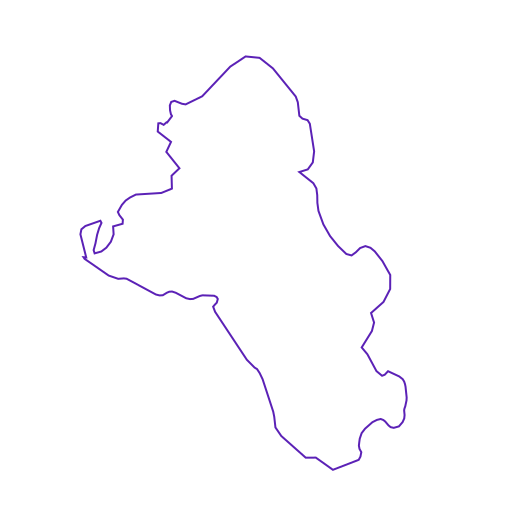 SVG path tracing the border of Monaghan, rotated 11°
{"feature_id": "IRL-3412", "entity_name": "Monaghan", "entity_type": "Administrative County", "adm_level": 1, "iso_a3": "IRL", "parent_name": "Ireland", "parent_adm1": "", "projection": "orthographic", "projection_center": [-6.93, 54.159], "detail": "fine", "context": "isolated", "style": "outline", "palette": "violet", "viewbox_px": 512, "rotation_deg": 11, "n_neighbors": 0, "source": "natural_earth", "source_scale": "10m", "svg_char_len": 2077}
<svg xmlns="http://www.w3.org/2000/svg" viewBox="0 0 512 512"><g transform="rotate(11 256 256)"><path d="M221.7,60.8L236.8,68.6L264.6,91.9L267.7,97.1L271.8,110.1L275.4,112.3L280.7,112.8L283.6,115.9L287.9,127.8L293.1,142.2L293.9,153.3L290.3,161.1L282.5,165.3L298.4,173.6L302.4,178.2L304.5,184.6L306.1,192.1L308.7,199.8L316.1,212.1L324.9,222.3L334.6,230.5L344.3,236.8L349.7,237.2L353.3,233.3L356.7,228.3L361.5,225.4L366.8,226.1L371.7,228.8L381.1,236.9L387.7,244.7L391.4,249.0L394.0,262.8L389.9,276.8L379.8,290.0L384.6,298.8L384.1,307.5L377.2,325.6L384.1,331.2L396.2,346.0L402.6,349.5L405.0,348.0L407.6,343.9L419.6,346.9L423.5,348.9L425.4,351.0L426.7,353.3L427.7,355.7L430.9,366.2L431.3,369.1L431.2,375.0L430.9,377.0L430.8,378.1L430.9,379.4L432.2,383.8L432.5,387.2L431.6,391.1L428.8,396.0L424.0,398.4L420.8,398.3L418.4,397.0L414.4,393.8L412.3,392.7L409.5,392.2L406.0,393.8L402.0,396.9L396.0,404.7L393.5,409.7L392.7,415.5L392.9,419.2L393.2,422.6L394.4,425.6L396.8,428.5L396.8,433.0L395.7,436.5L372.3,451.2L353.2,442.5L343.3,444.5L315.2,427.9L307.8,420.6L304.6,410.4L302.6,405.5L286.0,375.7L282.0,370.3L278.6,366.8L275.9,365.8L266.8,359.6L226.5,318.6L223.6,313.9L224.9,311.6L226.4,309.3L226.7,305.5L225.2,303.8L222.5,303.0L211.0,304.8L208.6,305.9L202.5,310.1L199.4,310.9L195.5,310.8L184.3,307.4L180.4,306.9L177.7,307.6L175.6,309.0L172.0,312.3L168.9,313.1L165.1,312.9L133.3,303.0L130.5,303.2L125.1,304.7L115.1,303.3L88.3,291.5L86.9,290.1L89.6,289.8L79.5,268.2L79.5,263.1L82.8,259.1L96.5,251.1L98.0,253.0L96.7,258.6L96.0,265.4L96.0,274.3L95.5,281.2L97.1,284.2L103.3,281.1L107.5,276.4L110.8,269.7L112.1,261.9L110.1,254.2L118.9,249.8L118.4,245.7L114.2,242.1L112.0,239.1L114.6,231.4L117.5,226.4L121.2,222.6L126.4,218.6L151.0,212.2L160.6,205.9L157.8,193.3L164.1,184.5L148.1,170.9L150.8,160.2L135.8,152.6L134.8,144.4L136.9,143.8L140.3,144.9L142.7,141.8L143.3,141.9L146.8,134.8L146.7,134.4L145.5,133.2L143.8,129.3L142.7,124.6L143.4,120.9L144.7,120.2L146.4,119.2L154.3,120.7L158.0,120.6L172.7,109.5L194.6,75.0L207.7,62.1L221.7,60.8Z" fill="none" stroke="#5b21b6" stroke-width="2"/></g></svg>